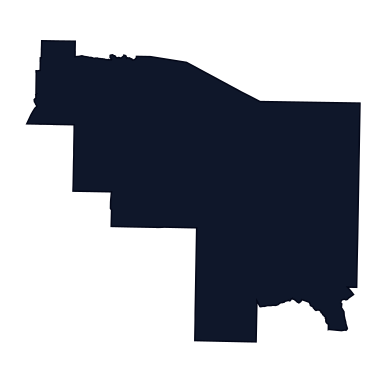 Flinders Ranges, South Australia, Australia, rotated 91°
{"feature_id": "25037944B48952282466613", "entity_name": "Flinders Ranges", "entity_type": "district", "adm_level": 2, "iso_a3": "AUS", "parent_name": "Australia", "parent_adm1": "South Australia", "projection": "albers", "projection_center": [138.36, -32.133], "detail": "fine", "context": "isolated", "style": "filled", "palette": "ink", "viewbox_px": 384, "rotation_deg": 91, "n_neighbors": 0, "source": "geoboundaries", "source_scale": "gbopen_adm2", "svg_char_len": 4341}
<svg xmlns="http://www.w3.org/2000/svg" viewBox="0 0 384 384"><g transform="rotate(91 192 192)"><path d="M340.5,186.6L340.5,186.2L340.7,135.2L340.7,125.3L299.6,125.2L305.4,122.0L305.5,121.4L305.0,118.9L305.1,118.0L305.0,117.2L304.7,116.3L304.2,114.4L304.2,111.0L303.8,109.4L303.9,106.3L303.2,104.3L303.2,104.2L302.6,103.4L302.2,103.0L301.4,101.9L301.0,101.0L301.0,100.6L301.1,100.1L300.4,97.7L299.8,97.6L298.6,93.4L298.9,93.2L299.1,92.7L299.1,92.2L298.7,91.7L297.0,90.8L297.0,90.1L296.6,89.8L297.3,89.3L297.4,88.8L297.4,88.3L298.8,86.3L299.2,85.9L300.3,84.7L300.5,84.0L301.0,83.2L300.9,83.1L299.8,81.6L299.3,81.2L298.7,80.7L298.4,80.5L297.6,80.7L297.4,80.9L300.2,72.8L302.2,71.8L302.6,71.8L303.4,71.6L304.7,69.0L305.2,68.7L305.6,68.7L306.7,67.6L307.3,67.3L308.2,66.1L308.1,65.3L308.0,65.0L307.8,64.7L307.7,64.1L307.8,64.0L307.8,63.8L307.8,63.7L307.8,63.4L307.8,63.1L307.8,62.9L307.9,62.7L308.1,62.2L308.3,62.0L308.5,61.7L308.9,61.4L309.1,61.2L309.3,60.9L309.5,60.7L310.1,60.8L310.1,60.7L310.3,60.6L310.4,60.4L310.5,60.2L310.8,60.0L310.9,59.9L310.9,59.7L311.0,59.7L311.4,59.5L311.5,59.4L311.8,59.3L312.0,59.2L312.4,59.0L312.5,58.9L312.7,58.7L312.7,58.3L312.8,58.2L313.0,58.0L313.2,57.9L313.5,57.8L314.0,57.4L314.1,57.0L314.8,56.4L315.4,56.4L315.6,56.1L316.0,56.4L316.8,55.8L317.6,56.0L319.5,55.8L320.3,55.2L320.7,54.9L321.2,54.4L321.4,54.1L321.6,53.3L327.2,53.3L327.0,52.8L328.0,40.1L327.3,36.5L327.6,35.6L327.2,35.2L326.6,34.7L326.3,34.5L325.5,34.8L325.4,34.4L322.2,35.5L320.3,36.0L319.5,36.0L317.8,36.5L316.1,37.0L315.0,37.2L312.9,37.7L309.1,38.0L306.2,39.8L305.6,40.3L305.0,40.6L304.4,40.8L304.4,40.6L301.2,40.3L300.2,41.5L298.4,41.0L297.2,40.2L296.7,38.5L296.5,37.7L296.8,37.1L297.1,36.4L296.9,35.4L296.7,34.9L296.4,34.5L296.2,34.4L295.2,33.7L295.3,33.6L291.7,28.7L288.7,31.1L284.4,34.9L284.4,25.7L272.7,25.7L256.2,25.7L235.4,25.6L227.8,25.6L215.1,25.6L204.6,25.6L201.5,25.6L189.5,25.6L174.5,25.6L136.5,25.6L100.2,25.6L100.4,125.6L95.7,135.0L91.2,144.3L69.3,186.6L62.5,199.8L57.4,235.9L57.4,240.9L57.4,243.9L57.4,249.9L58.8,249.9L59.2,250.4L60.3,251.2L60.8,252.1L61.2,253.8L60.7,254.2L60.2,254.3L59.9,254.7L60.0,255.2L59.7,256.2L59.5,256.4L59.0,256.6L59.2,257.6L58.9,258.8L59.5,259.6L58.6,260.2L57.9,260.3L57.4,260.2L56.6,261.3L56.4,262.5L57.0,262.5L58.0,263.7L59.5,265.4L59.5,265.7L59.2,265.9L59.2,266.2L58.9,266.8L59.0,267.2L58.8,267.7L58.9,268.2L59.0,268.4L59.2,268.8L59.2,269.4L58.9,270.1L58.5,270.7L58.2,270.9L57.7,270.9L57.1,271.8L57.1,272.2L57.3,272.5L56.5,273.3L56.2,273.9L56.6,275.8L56.8,276.2L59.1,276.2L59.6,275.6L60.5,274.9L61.1,274.8L61.3,275.2L61.2,275.8L61.3,276.6L61.3,276.9L61.4,277.5L61.0,277.8L61.3,278.5L61.3,279.2L61.1,279.4L61.2,280.0L61.0,280.7L61.1,281.1L61.0,281.4L60.6,282.0L60.6,283.0L60.4,283.8L60.4,284.0L60.5,284.5L60.3,285.4L60.2,287.2L60.3,287.5L59.8,288.7L59.7,289.3L59.9,290.2L59.8,291.1L60.2,291.5L59.8,293.5L59.5,293.9L59.6,294.4L59.1,295.4L59.3,295.7L59.4,295.9L59.3,296.3L59.1,297.7L58.9,298.0L58.3,302.7L57.9,303.5L57.8,304.3L57.9,304.9L57.8,305.0L58.4,307.2L58.6,309.6L58.8,311.3L55.7,311.3L54.0,311.3L53.7,311.3L52.5,311.4L43.9,311.4L43.6,311.4L43.3,311.4L43.4,329.1L43.4,344.9L48.0,344.9L52.6,345.0L52.8,344.9L60.5,345.0L60.5,346.0L64.0,346.0L64.0,345.9L73.1,345.9L73.8,349.6L73.5,349.6L73.5,349.9L73.5,350.0L74.2,350.0L74.1,349.8L96.0,349.7L96.3,349.0L97.0,349.7L97.6,349.7L97.6,349.8L97.9,349.7L97.9,349.8L100.7,349.7L101.7,350.8L102.4,351.4L104.6,351.1L105.1,350.6L106.9,349.8L107.3,349.6L108.1,348.9L109.2,348.7L111.1,350.6L115.3,353.1L115.8,353.3L116.1,353.5L117.8,354.4L122.5,356.5L126.7,358.4L126.7,347.0L126.8,344.5L126.7,342.9L126.7,342.4L126.7,337.7L126.7,331.5L126.8,331.5L126.8,324.7L126.8,317.0L126.8,311.0L132.1,310.9L137.5,310.9L140.9,310.9L144.5,310.9L151.2,310.9L157.3,310.8L163.4,310.9L164.0,310.9L170.4,310.9L181.1,310.9L187.3,310.9L187.5,310.9L193.2,311.0L193.2,294.7L193.1,294.3L193.2,293.3L193.2,291.0L193.2,272.5L197.6,272.8L201.3,273.1L201.5,273.1L203.4,273.2L210.3,273.2L210.3,273.3L210.8,272.1L227.8,272.2L227.9,252.1L227.9,240.6L227.9,235.2L227.9,227.4L228.0,226.6L228.0,225.3L227.7,220.3L227.6,219.3L227.7,193.6L227.7,186.7L232.4,186.7L258.7,186.7L275.4,186.7L280.5,186.7L284.2,186.7L287.9,186.7L295.9,186.7L299.6,186.7L303.4,186.7L307.6,186.7L313.1,186.7L320.5,186.6L328.3,186.6L336.5,186.6L340.5,186.6Z" fill="#0f172a" stroke="#020617" stroke-width="1.5"/></g></svg>